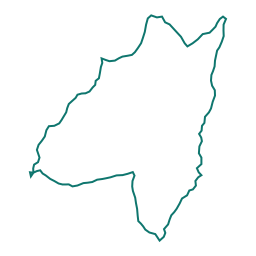 the district of Clementina, São Paulo, Brazil
{"feature_id": "56859067B82643318735521", "entity_name": "Clementina", "entity_type": "district", "adm_level": 2, "iso_a3": "BRA", "parent_name": "Brazil", "parent_adm1": "São Paulo", "projection": "robinson", "projection_center": [-50.464, -21.574], "detail": "fine", "context": "isolated", "style": "outline", "palette": "teal", "viewbox_px": 256, "rotation_deg": 0, "n_neighbors": 0, "source": "geoboundaries", "source_scale": "gbopen_adm2", "svg_char_len": 1878}
<svg xmlns="http://www.w3.org/2000/svg" viewBox="0 0 256 256"><path d="M101.6,58.4L102.3,62.9L100.9,67.0L99.8,73.6L98.9,78.3L95.7,80.8L95.2,84.9L92.7,87.4L89.5,91.5L85.5,93.3L81.7,93.5L77.5,94.7L75.6,97.9L72.0,101.1L68.8,104.0L67.2,108.2L66.2,112.3L63.6,116.6L61.5,120.1L59.2,123.4L54.3,125.8L48.9,126.2L46.4,130.2L44.8,136.5L41.9,140.7L38.6,144.8L36.9,149.9L38.2,153.7L39.5,157.6L38.0,162.2L34.1,164.6L33.2,168.4L33.4,172.7L36.8,171.1L40.2,170.3L42.6,173.5L45.7,175.4L50.2,178.9L54.3,181.0L58.6,183.5L62.6,184.5L68.8,184.4L72.5,186.4L77.5,185.5L83.4,183.1L87.7,182.7L92.3,182.0L97.1,179.7L102.3,179.0L105.9,178.3L110.5,177.3L116.5,175.4L122.6,175.1L127.7,173.8L132.8,172.1L134.5,175.6L132.5,181.0L132.2,186.5L132.9,190.9L135.2,197.7L136.0,203.2L137.1,208.8L137.7,215.9L138.3,221.1L140.9,223.6L143.2,226.4L145.3,229.6L149.4,232.5L155.3,234.1L159.6,240.6L163.8,236.8L165.3,232.9L164.0,229.1L168.1,224.4L169.6,219.6L171.3,215.3L174.3,212.0L176.7,208.7L179.7,203.4L182.0,198.5L187.1,195.3L189.3,190.5L192.9,189.4L195.9,185.6L195.4,181.0L198.2,177.3L201.4,175.2L198.7,172.3L196.9,168.2L201.4,164.1L201.4,157.6L198.9,153.3L199.4,146.4L201.9,141.2L201.2,137.5L199.1,133.9L201.6,130.6L202.0,125.8L204.4,122.9L205.0,116.8L208.9,112.4L211.0,108.5L212.7,101.8L215.0,95.6L214.8,90.2L212.1,85.7L211.0,80.6L211.4,75.0L213.0,71.2L214.6,66.4L215.0,60.6L217.1,50.6L219.4,47.3L221.8,41.7L223.7,36.1L223.5,30.4L223.6,24.6L226.0,18.9L223.0,16.6L219.8,19.0L217.1,23.1L215.5,26.7L212.3,30.0L209.6,32.7L202.7,34.1L197.8,39.3L192.6,43.3L187.4,46.4L184.7,43.3L181.0,36.8L176.2,31.6L169.6,24.4L165.1,22.3L162.0,16.6L156.9,17.4L151.2,15.4L147.8,18.4L146.1,24.6L144.8,31.9L143.0,37.6L141.1,43.2L138.0,47.9L134.9,52.2L131.9,54.9L127.9,55.7L122.4,56.6L119.0,58.2L114.9,60.6L109.4,61.2L105.8,60.0L101.6,58.4ZM33.4,172.7L30.0,172.3L30.9,176.4L33.4,172.7Z" fill="none" stroke="#0f766e" stroke-width="2"/></svg>